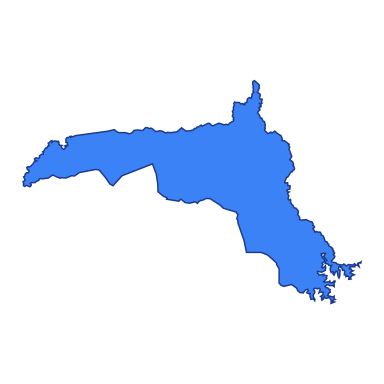 the district of Jardim, Mato Grosso do Sul, Brazil
{"feature_id": "56859067B9427285142105", "entity_name": "Jardim", "entity_type": "district", "adm_level": 2, "iso_a3": "BRA", "parent_name": "Brazil", "parent_adm1": "Mato Grosso do Sul", "projection": "albers", "projection_center": [-56.285, -21.608], "detail": "fine", "context": "isolated", "style": "filled", "palette": "blue", "viewbox_px": 384, "rotation_deg": 0, "n_neighbors": 0, "source": "geoboundaries", "source_scale": "gbopen_adm2", "svg_char_len": 6025}
<svg xmlns="http://www.w3.org/2000/svg" viewBox="0 0 384 384"><path d="M300.0,292.6L301.3,292.8L302.2,292.3L303.1,293.0L305.4,290.0L307.7,289.2L308.3,290.5L306.7,292.7L308.9,293.8L310.2,293.5L310.0,296.4L311.0,299.4L312.6,299.0L313.9,299.4L314.7,300.6L314.9,299.2L313.7,297.6L313.1,295.3L314.8,292.5L314.5,290.7L313.7,290.0L313.8,289.0L315.0,288.2L317.9,288.8L319.1,288.2L320.0,288.7L320.1,289.7L319.0,292.8L320.2,292.0L323.4,292.3L322.7,295.0L320.6,296.4L321.8,297.3L321.5,299.2L321.9,300.1L323.0,299.4L324.4,296.6L325.0,298.0L326.7,298.3L328.9,297.5L330.1,298.4L331.2,300.6L331.0,303.4L334.5,302.0L332.3,301.2L333.0,300.0L335.1,299.5L334.0,298.8L334.2,296.2L332.9,296.9L327.6,295.6L328.9,293.0L330.3,292.3L329.7,291.1L330.2,289.6L329.1,289.3L328.1,288.1L325.8,287.4L324.9,286.3L327.6,284.5L329.6,285.6L332.8,285.6L334.2,286.6L334.0,283.5L335.2,281.2L334.2,280.9L332.3,282.7L331.3,282.8L330.1,282.5L329.8,281.0L328.9,281.8L324.5,282.2L323.6,281.7L326.8,278.5L326.3,277.3L327.0,275.8L324.7,275.2L323.5,275.5L323.8,274.2L319.2,275.2L318.8,274.0L317.6,273.4L317.4,271.4L321.7,272.2L325.3,270.4L325.7,267.3L325.4,265.9L323.5,267.5L322.2,267.8L321.7,267.0L323.0,264.4L322.0,263.3L324.1,261.8L324.7,260.5L323.9,258.4L322.4,257.9L322.2,256.3L321.2,255.3L321.2,253.7L322.6,253.9L323.3,253.0L325.4,253.4L323.7,256.4L326.9,260.4L325.9,261.1L325.1,263.5L327.8,263.9L329.1,265.6L331.6,265.3L330.2,268.4L330.4,270.8L331.2,272.6L332.7,271.4L333.4,272.5L332.9,273.8L334.0,275.1L335.8,271.3L337.0,271.1L338.2,276.5L339.0,278.0L339.7,276.2L340.1,270.1L339.0,270.0L338.5,268.6L338.8,267.0L339.8,266.2L340.6,267.4L341.6,266.9L342.5,270.3L343.6,269.9L344.7,271.2L344.3,274.8L345.9,274.8L345.8,276.6L348.5,276.1L349.2,277.1L348.7,279.3L351.0,279.0L350.3,278.0L351.7,275.8L354.3,274.8L350.2,272.9L350.7,272.0L353.1,270.8L351.8,270.4L350.6,268.5L349.4,268.8L349.6,267.7L350.0,266.7L354.9,266.8L354.9,265.5L356.2,265.2L354.5,263.7L352.7,265.1L348.8,264.5L346.1,265.8L343.9,264.0L343.0,264.8L340.9,265.0L337.1,264.0L335.9,262.7L332.3,262.2L331.3,261.0L334.4,257.7L334.8,256.3L333.2,254.3L334.2,253.9L334.6,252.8L333.1,251.4L333.6,250.6L332.7,249.7L332.7,248.4L328.7,245.6L328.7,244.1L327.8,243.7L326.8,241.7L325.2,241.5L323.7,236.9L322.9,235.7L321.3,235.0L321.0,233.3L319.9,232.0L318.7,232.3L316.3,231.5L315.2,232.2L314.5,231.3L313.0,228.4L314.5,227.3L314.0,226.0L312.8,225.2L313.1,224.1L311.9,221.7L309.9,221.5L306.2,219.6L301.6,220.1L299.7,219.8L299.6,217.2L297.6,214.3L298.2,213.1L298.2,210.9L296.1,208.3L294.0,207.7L292.9,205.2L292.0,204.9L290.8,202.5L290.4,199.4L288.9,200.0L288.0,198.8L288.8,195.6L287.8,194.4L287.9,192.9L289.1,192.0L287.7,191.8L286.8,190.7L287.3,189.8L289.9,189.1L290.1,185.8L287.9,185.6L287.6,182.7L285.0,183.1L284.6,182.2L286.7,177.1L287.7,177.1L291.1,171.8L292.2,171.9L292.7,170.6L294.0,169.9L294.6,168.8L293.8,166.1L292.9,165.5L293.5,164.1L292.6,161.7L289.8,159.9L291.8,156.4L289.0,149.0L289.7,147.0L288.5,145.1L289.2,144.3L284.4,140.7L283.0,141.0L281.8,140.1L282.4,139.2L281.1,135.8L277.4,133.5L274.8,131.1L272.2,133.0L271.2,133.0L270.9,132.1L267.9,133.6L265.1,130.9L264.5,129.8L265.3,128.6L264.9,127.3L265.3,125.0L264.4,121.6L263.1,121.2L261.8,118.1L260.3,117.9L259.6,115.5L257.8,113.0L258.1,111.4L259.9,110.1L259.7,108.8L258.8,107.9L259.8,106.5L260.7,107.0L261.1,106.0L259.7,103.6L261.1,104.0L262.0,103.3L261.5,102.1L262.2,99.3L259.9,98.8L259.5,97.5L260.4,95.3L259.8,93.9L257.4,92.4L259.4,87.9L259.0,86.3L259.3,85.0L254.5,80.6L252.9,81.5L252.7,84.3L253.3,85.8L253.0,87.7L253.5,89.0L253.0,91.5L253.9,92.2L252.2,93.6L251.6,97.4L251.0,98.3L249.6,97.5L248.1,98.2L247.2,99.5L247.0,102.0L244.4,103.5L245.0,104.3L244.2,104.9L242.0,103.5L240.7,103.9L239.1,102.4L235.9,102.5L234.7,102.0L233.8,103.4L234.3,105.4L233.4,107.1L233.4,110.2L232.4,111.2L233.2,113.4L232.3,116.3L233.8,117.9L233.2,119.1L233.8,119.9L233.5,120.9L229.9,123.0L227.9,124.9L226.4,124.3L224.0,124.8L219.0,123.2L213.1,125.7L211.5,125.4L209.8,123.5L208.2,123.3L202.1,126.2L201.1,125.1L199.3,126.5L197.0,127.1L196.0,128.4L194.5,128.5L193.2,130.0L188.6,131.0L185.6,130.9L181.6,127.8L177.1,131.8L170.6,132.7L167.5,132.3L166.1,133.1L161.9,131.1L159.6,130.8L155.7,131.6L152.0,128.5L150.8,128.1L149.9,128.6L146.5,127.5L145.1,128.0L143.3,130.0L141.8,130.5L137.5,130.0L134.0,130.4L132.2,132.6L129.8,133.9L125.2,132.6L118.7,132.6L116.5,131.6L114.8,129.9L113.7,129.8L107.9,131.2L75.6,135.6L72.3,136.9L71.4,136.3L70.8,137.4L69.9,136.4L68.7,137.5L67.0,137.6L66.0,138.8L65.9,142.4L67.2,142.6L67.8,145.6L66.4,145.2L64.7,146.0L66.1,146.7L64.0,149.4L62.2,148.6L61.2,146.3L61.9,145.5L59.7,145.2L58.9,144.2L59.0,142.3L58.2,141.2L57.4,141.8L56.1,141.0L52.7,141.3L52.0,142.3L51.8,140.7L50.6,141.1L49.4,142.6L48.2,143.1L49.0,145.8L47.7,146.2L47.2,147.7L45.6,148.0L43.8,151.1L42.6,151.9L43.5,152.8L43.2,154.4L41.9,154.1L39.5,155.7L39.6,157.4L38.6,158.4L36.1,157.8L34.8,158.5L34.5,160.0L36.7,160.9L33.9,162.2L32.8,164.2L30.1,166.7L27.6,166.9L26.8,167.5L27.4,169.6L28.8,170.2L28.9,171.4L28.6,172.7L26.9,172.6L25.3,173.9L24.7,176.4L23.7,176.8L25.1,180.1L23.0,181.9L23.7,182.9L23.4,185.6L24.7,186.4L26.6,185.3L29.8,186.8L30.9,186.0L31.3,184.6L30.3,183.4L31.2,182.7L35.1,182.6L36.1,181.5L38.8,180.4L39.3,179.0L40.6,178.5L41.9,178.9L48.4,178.0L52.6,175.0L59.9,178.2L61.2,177.7L66.2,178.0L71.6,175.7L74.5,176.0L79.3,172.6L95.4,169.5L99.1,169.9L105.5,177.6L109.9,184.0L113.0,185.7L122.1,175.7L152.5,163.9L156.3,174.1L157.8,184.3L158.0,191.7L163.7,196.5L165.9,197.1L167.1,198.1L166.6,199.2L178.8,201.2L181.0,199.1L184.9,202.5L189.5,203.2L194.6,202.0L195.9,202.1L197.4,203.4L198.8,201.6L200.7,200.4L202.1,200.4L206.1,198.5L210.0,198.6L220.1,205.1L223.4,208.3L236.4,212.1L236.7,213.4L237.9,214.5L236.8,218.8L237.7,219.8L238.0,223.1L244.1,240.7L246.5,252.4L261.1,252.4L267.7,255.0L276.6,263.0L276.6,264.5L279.1,268.8L279.1,283.0L280.8,285.1L283.8,286.4L291.6,284.5L296.7,288.2L297.8,290.8L300.0,292.6ZM357.4,265.0L358.3,266.1L359.1,266.7L358.4,264.6L358.7,262.9L357.8,263.3L357.4,265.0ZM361.0,261.9L359.7,262.9L360.7,263.2L361.0,261.9Z" fill="#3b82f6" stroke="#1e3a8a" stroke-width="1.5"/></svg>